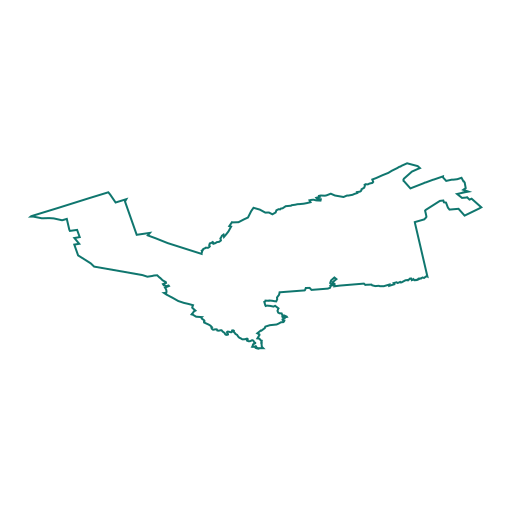 the district of Garkalnes pag., Garkalnes, Latvia
{"feature_id": "27541924B31320948799196", "entity_name": "Garkalnes pag.", "entity_type": "district", "adm_level": 2, "iso_a3": "LVA", "parent_name": "Latvia", "parent_adm1": "Garkalnes", "projection": "equal_earth", "projection_center": [24.379, 57.025], "detail": "fine", "context": "isolated", "style": "outline", "palette": "teal", "viewbox_px": 512, "rotation_deg": 0, "n_neighbors": 0, "source": "geoboundaries", "source_scale": "gbopen_adm2", "svg_char_len": 6033}
<svg xmlns="http://www.w3.org/2000/svg" viewBox="0 0 512 512"><path d="M443.0,176.4L433.7,179.6L433.1,179.7L425.6,182.5L424.8,182.6L423.7,183.2L410.4,188.4L404.0,181.2L403.6,181.0L403.4,179.8L403.9,178.7L411.9,171.6L417.7,169.0L419.9,168.1L417.7,166.1L407.1,163.3L401.3,165.9L400.6,166.5L399.3,166.8L397.2,168.1L391.9,170.7L388.3,172.9L382.5,175.2L376.3,178.0L372.3,179.5L373.2,181.9L372.4,182.9L369.3,183.6L368.3,184.2L367.2,184.4L365.7,184.2L365.4,184.3L364.6,184.8L364.9,185.7L364.2,187.7L361.5,189.3L361.4,190.2L361.0,190.9L360.4,191.4L359.6,191.7L357.0,192.1L357.3,193.0L354.5,193.9L352.5,194.8L348.1,195.6L347.1,195.5L343.5,197.0L334.9,195.5L330.8,193.7L326.4,195.4L324.8,195.7L320.8,195.5L318.9,195.9L318.9,196.1L319.6,196.9L316.3,197.8L316.7,198.3L318.2,198.9L320.8,199.3L320.5,200.6L316.2,200.4L313.5,199.7L311.4,199.9L309.5,200.3L310.5,202.2L306.8,203.1L303.7,203.7L299.6,204.1L297.4,204.2L295.4,204.7L291.7,205.2L291.0,205.7L285.7,206.2L282.6,208.3L280.8,208.6L280.1,209.4L278.6,209.2L276.4,210.3L275.6,212.5L272.4,214.3L268.9,212.5L265.3,212.6L259.8,209.6L253.5,207.8L251.2,211.1L248.0,217.5L244.1,219.3L238.5,222.2L232.5,222.4L232.0,222.2L229.3,226.1L231.1,226.6L228.4,231.5L226.3,234.2L224.0,236.9L223.5,234.6L221.9,235.8L221.1,237.5L220.4,238.4L220.6,238.8L220.9,240.5L219.2,241.8L216.7,242.2L215.5,243.1L213.3,243.8L212.6,243.0L213.2,242.5L212.7,242.0L212.0,242.5L210.7,243.2L209.8,243.4L209.2,245.3L209.8,246.3L209.2,247.1L208.0,247.8L205.7,247.7L205.3,248.1L203.5,248.9L203.1,249.2L202.8,249.6L202.7,250.0L202.3,250.3L202.6,250.4L202.4,250.7L202.2,250.7L202.2,251.2L202.0,251.4L202.0,251.9L201.9,252.0L201.9,252.4L201.6,252.9L201.6,253.9L167.7,243.1L155.7,238.3L147.8,235.4L149.9,232.9L136.7,234.8L125.0,201.5L126.3,199.2L115.6,202.5L110.2,194.6L108.3,192.3L88.7,198.3L58.2,207.9L33.4,215.5L31.2,216.2L30.7,216.6L33.3,216.6L41.9,218.3L49.1,218.1L53.7,218.4L61.8,220.2L62.4,220.2L66.8,218.9L69.3,229.7L69.9,230.9L77.1,229.9L79.7,237.1L74.4,238.0L79.2,243.8L74.3,244.6L78.1,255.4L90.8,263.4L94.1,266.6L142.5,275.1L147.4,276.7L152.1,276.0L154.0,275.5L157.2,275.3L159.7,277.7L160.1,277.8L162.6,280.3L165.8,282.1L166.0,282.9L163.0,284.1L163.8,285.3L164.6,285.3L166.2,286.2L168.5,285.5L168.9,286.0L165.0,287.6L166.1,289.4L166.5,291.2L166.4,292.2L166.3,292.7L164.1,293.0L166.5,294.6L173.3,298.2L178.2,301.0L183.9,302.9L188.3,303.9L193.0,305.2L192.2,307.4L192.3,307.8L195.4,310.6L193.7,311.5L193.4,312.3L192.6,313.3L192.1,313.7L191.6,314.4L193.0,314.8L196.1,316.7L201.8,317.1L201.4,317.5L201.4,317.8L201.9,318.7L203.9,320.1L204.3,320.6L204.5,321.0L204.0,321.6L204.1,322.5L208.7,324.6L210.5,325.7L211.9,327.2L211.4,327.5L211.7,328.6L212.8,329.6L213.5,329.7L214.8,329.4L216.3,329.3L216.8,329.4L217.3,330.5L218.7,330.7L221.0,330.2L221.6,330.3L222.7,331.6L224.5,332.9L224.8,333.3L225.1,334.1L225.6,334.6L226.5,334.9L227.6,334.7L228.0,334.5L228.0,334.3L228.0,334.1L227.3,333.2L227.0,332.1L227.2,331.9L227.6,331.6L228.7,331.7L231.1,332.3L231.8,332.0L232.0,331.7L232.1,331.3L232.0,330.8L232.2,330.4L233.3,330.4L233.9,330.8L233.8,331.8L234.0,332.2L234.8,332.9L235.4,333.9L237.1,334.9L238.2,336.6L239.3,337.7L240.9,338.4L241.7,339.0L242.4,339.3L243.6,339.3L245.1,339.2L246.6,338.7L247.3,338.7L247.6,338.9L247.7,339.3L246.9,340.2L247.1,340.7L248.9,341.3L250.3,341.1L252.1,340.2L252.7,340.3L253.2,340.6L253.6,341.0L254.1,342.1L255.2,342.8L255.2,343.2L253.1,344.3L252.5,346.3L252.2,346.8L252.9,346.9L254.7,346.6L255.7,346.2L256.0,346.3L256.2,346.7L255.3,347.5L255.6,347.9L256.1,348.0L256.4,347.8L257.0,347.9L257.1,348.4L258.6,348.7L259.0,348.5L258.9,348.2L263.2,348.2L261.9,346.9L261.8,346.5L261.6,344.5L261.7,342.6L261.3,342.6L261.7,340.7L260.9,340.5L259.4,338.7L257.4,338.4L259.5,334.9L259.4,334.4L257.3,333.3L260.8,330.5L261.3,330.7L264.8,328.1L265.0,327.3L265.4,326.6L269.8,325.2L276.6,324.5L278.6,323.6L280.9,322.3L283.4,322.1L284.1,321.3L284.3,320.7L283.2,320.6L282.5,319.7L282.5,319.4L283.3,318.8L284.7,318.2L284.8,317.9L284.5,317.7L284.9,317.3L286.9,316.9L286.7,316.6L284.0,315.4L283.7,315.6L283.8,316.9L283.2,317.2L282.5,317.0L282.3,316.5L282.4,315.5L282.3,314.9L281.6,313.4L279.5,313.3L278.2,312.6L277.5,310.8L278.2,308.9L278.5,308.4L275.1,305.8L273.5,306.6L270.2,305.9L267.0,305.6L265.7,306.0L265.3,305.3L264.3,301.9L265.3,301.4L265.5,300.6L269.0,300.8L269.2,300.5L272.4,300.8L274.4,301.2L276.2,301.4L277.2,299.3L277.0,297.5L279.1,294.7L279.6,292.3L304.6,290.4L305.1,289.9L305.8,288.0L309.6,287.9L311.5,289.9L327.9,288.6L330.0,287.8L330.7,285.9L330.4,285.5L331.4,284.8L331.7,283.8L330.2,283.0L331.1,280.4L334.4,277.5L336.4,279.1L334.3,280.8L333.5,281.7L332.9,282.0L333.0,282.2L332.9,282.5L333.2,282.8L333.2,283.2L334.4,283.9L334.4,284.0L333.9,284.1L333.8,284.3L334.4,284.4L334.3,284.6L332.9,284.9L332.8,285.1L333.4,284.9L333.6,285.0L333.5,285.4L334.7,285.7L334.5,286.3L339.7,285.6L363.9,283.6L365.3,284.9L365.6,284.8L371.5,284.6L372.1,285.3L375.3,286.1L378.8,285.8L379.9,286.2L383.8,286.2L389.5,284.5L389.3,285.8L389.6,285.7L394.2,284.3L393.6,283.1L396.6,282.3L397.5,283.0L398.5,282.7L400.2,281.9L400.8,282.5L401.7,282.3L405.4,280.3L407.6,280.0L407.6,280.3L408.0,280.4L408.8,279.7L409.9,278.6L410.2,278.5L411.3,278.5L411.6,279.1L411.5,279.4L411.9,279.7L411.9,280.1L413.1,279.7L413.4,279.3L413.7,279.7L414.0,279.7L414.4,280.2L415.0,280.3L415.8,279.9L416.7,280.1L418.0,279.6L418.4,279.4L418.2,279.3L418.5,279.2L418.4,278.7L418.5,278.6L419.9,278.5L420.8,278.6L420.9,278.3L422.7,277.5L423.3,277.8L424.2,277.9L425.1,277.1L425.9,276.7L426.2,276.3L427.0,276.3L427.4,276.5L415.0,223.2L414.8,222.1L424.2,219.4L425.7,217.9L426.4,216.9L426.4,216.5L426.0,214.5L425.1,210.7L425.6,210.0L439.9,200.9L443.3,200.5L443.9,202.3L446.0,202.6L447.9,207.6L449.5,209.6L458.5,208.8L464.6,215.6L479.0,208.6L481.3,207.3L471.6,198.7L469.5,199.6L467.1,197.3L466.9,197.5L462.0,197.9L457.1,194.0L463.3,192.6L463.2,192.4L464.5,192.1L464.6,192.3L468.4,191.6L463.3,189.8L465.7,188.1L464.7,182.6L463.8,181.3L463.4,181.3L461.5,177.8L457.3,179.2L453.1,179.7L451.6,179.7L446.2,180.9L442.9,177.3L443.0,176.4Z" fill="none" stroke="#0f766e" stroke-width="2"/></svg>